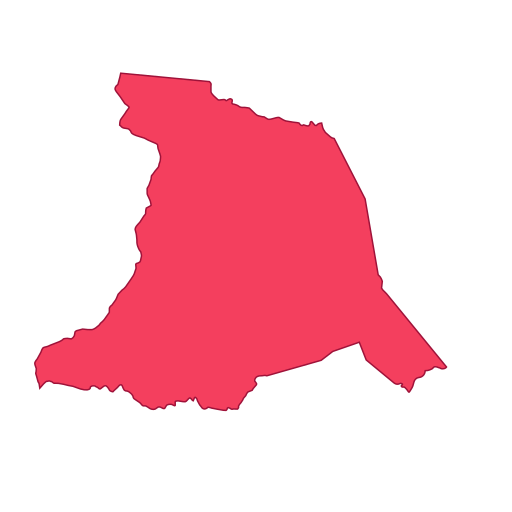 San Juan de Opoa, Copán, Honduras, rotated 188°
{"feature_id": "27666195B15597094221722", "entity_name": "San Juan de Opoa", "entity_type": "district", "adm_level": 2, "iso_a3": "HND", "parent_name": "Honduras", "parent_adm1": "Copán", "projection": "mercator", "projection_center": [-88.695, 14.809], "detail": "fine", "context": "isolated", "style": "filled", "palette": "rose", "viewbox_px": 512, "rotation_deg": 188, "n_neighbors": 0, "source": "geoboundaries", "source_scale": "gbopen_adm2", "svg_char_len": 6063}
<svg xmlns="http://www.w3.org/2000/svg" viewBox="0 0 512 512"><g transform="rotate(188 256 256)"><path d="M415.4,418.2L415.7,414.3L416.6,406.8L416.9,406.3L418.0,405.1L418.6,403.8L418.9,402.6L418.7,401.4L418.1,400.4L417.1,399.2L412.7,394.9L407.2,388.8L406.6,388.4L404.1,387.1L402.5,385.9L402.4,385.6L402.4,385.3L403.0,384.0L404.6,381.1L405.6,378.8L408.7,372.9L409.1,371.9L409.3,371.0L409.4,369.5L409.3,367.7L409.2,366.6L408.3,366.1L406.9,365.0L405.7,364.5L404.7,364.3L400.8,364.2L399.7,364.0L397.7,362.5L396.7,360.9L396.2,360.4L395.2,359.8L394.0,359.3L391.4,358.6L382.9,357.2L378.5,355.6L370.8,353.5L369.7,353.0L369.2,352.7L368.9,352.3L368.5,350.7L367.9,348.7L365.4,343.8L364.4,341.5L364.2,339.8L364.1,336.7L364.7,333.7L364.9,330.9L365.3,330.0L367.6,326.4L369.7,322.4L370.6,321.1L370.7,319.6L370.6,317.5L370.7,316.7L371.9,311.0L372.9,308.6L373.2,307.6L372.5,302.9L372.2,301.9L371.8,301.2L369.4,297.5L368.3,295.6L367.4,293.2L367.0,291.9L367.0,291.5L367.6,290.9L371.3,288.2L371.5,286.3L371.4,284.1L371.2,282.8L371.3,282.2L371.8,281.2L372.6,280.0L375.7,273.3L377.5,270.7L378.6,268.9L379.2,267.5L379.4,266.1L379.4,265.5L379.1,264.7L377.7,261.3L377.3,260.0L376.2,255.5L375.7,252.4L375.2,250.8L374.4,249.0L373.1,246.8L371.9,245.2L370.7,244.1L369.9,242.0L369.5,240.8L369.4,239.7L369.7,235.6L369.9,234.5L370.4,233.7L371.8,232.7L373.4,231.9L373.8,231.4L373.9,230.9L373.2,227.8L373.1,226.8L374.1,221.4L374.7,219.6L376.5,215.8L380.8,207.3L382.3,205.2L383.9,203.6L387.2,198.9L388.3,194.6L388.9,192.9L391.8,187.4L393.1,186.0L393.8,184.6L393.9,183.8L393.4,179.7L397.5,171.8L398.9,169.8L400.7,167.7L401.5,166.1L402.1,165.3L404.9,162.3L406.5,161.1L407.8,160.4L408.6,160.2L412.3,159.7L417.5,159.5L423.2,157.1L424.1,156.4L424.6,155.7L424.8,152.0L425.0,151.3L425.8,149.7L427.0,148.5L427.5,148.2L431.3,148.2L433.2,147.8L434.8,147.3L435.2,147.0L435.9,146.1L436.9,145.2L438.8,143.8L447.2,139.1L449.2,137.8L450.4,137.2L453.1,136.1L454.0,135.5L454.4,134.9L455.0,133.4L455.6,130.8L457.7,125.2L458.4,123.4L459.3,121.9L459.9,120.4L460.1,119.7L460.1,118.9L459.7,117.5L457.9,113.9L457.7,111.1L457.8,109.3L457.6,108.6L456.7,106.7L454.3,101.1L453.1,99.6L451.7,95.0L448.5,99.9L446.8,102.0L446.0,102.7L445.0,102.9L443.6,103.5L442.9,103.5L442.0,103.2L441.0,103.2L438.9,102.1L438.4,101.9L434.1,102.4L428.8,102.2L424.0,101.7L419.2,101.5L411.4,99.9L407.4,99.6L404.4,100.0L402.8,100.7L402.3,101.2L402.0,101.6L401.8,102.0L401.8,102.9L401.6,103.5L400.7,104.2L399.9,104.6L398.4,104.9L397.5,104.9L396.2,104.3L394.5,103.8L393.0,102.8L392.1,102.6L391.5,102.9L389.8,104.7L388.3,106.1L387.5,106.5L386.9,106.6L386.1,106.4L384.9,105.6L383.5,104.2L382.6,103.0L382.0,102.4L380.6,101.8L379.0,101.6L378.6,101.8L378.0,102.8L375.0,106.4L373.4,108.8L372.6,109.4L371.8,109.7L371.2,109.6L370.6,109.1L369.0,106.4L368.3,105.5L367.7,104.8L366.4,104.3L364.7,104.3L363.8,104.1L362.7,103.7L361.7,103.1L359.9,101.9L359.0,100.9L358.3,100.0L357.8,98.7L357.0,97.8L355.7,97.1L350.8,94.7L349.7,93.9L348.6,92.9L347.7,92.2L346.7,91.9L344.9,92.2L344.1,92.1L342.5,91.5L339.8,90.2L338.3,89.8L336.4,89.8L335.0,90.2L334.3,90.6L332.0,92.7L331.2,93.0L330.3,93.1L329.5,93.0L326.8,92.1L326.0,92.1L325.5,92.2L325.1,92.6L323.8,95.7L322.9,96.4L321.5,97.0L320.3,97.2L319.2,97.3L318.4,97.2L316.7,96.6L315.8,96.4L315.5,96.5L315.3,96.7L315.2,97.0L315.7,100.0L315.6,100.6L315.3,101.0L314.6,101.3L313.1,101.7L308.0,101.6L305.9,101.8L304.8,102.6L302.7,105.6L301.9,106.2L301.5,106.2L301.1,106.0L300.1,105.4L298.9,104.2L298.0,103.9L297.9,104.2L297.3,106.9L297.0,107.3L296.6,107.6L295.8,107.3L294.8,106.4L294.4,105.8L293.9,104.6L291.1,100.8L289.7,99.5L288.2,98.0L287.1,97.5L286.0,97.3L284.9,97.6L283.5,98.4L282.9,99.3L282.1,99.6L280.4,99.5L278.7,99.2L272.9,98.9L266.8,98.7L264.6,98.9L264.1,99.0L263.8,99.4L263.4,100.0L263.2,101.3L262.9,101.7L262.5,102.0L260.7,101.7L259.6,101.1L258.7,100.9L258.1,101.0L256.9,101.4L253.1,101.8L252.8,102.1L252.2,103.3L252.2,103.9L252.4,104.9L252.2,105.5L251.6,106.9L250.5,108.6L249.1,111.6L248.6,113.4L246.7,116.3L246.2,118.1L245.7,119.2L245.0,120.3L241.1,122.5L240.3,124.4L237.7,128.5L237.6,129.1L237.7,129.7L238.6,130.8L239.8,131.9L240.0,133.0L239.9,133.9L239.5,135.0L238.9,136.0L238.1,136.7L237.1,137.3L235.8,137.8L233.2,138.3L230.7,139.0L229.8,139.0L228.6,138.9L176.9,161.8L166.7,172.2L141.7,185.0L132.4,168.4L101.3,149.3L99.8,148.8L98.5,148.7L97.1,149.0L95.2,150.0L94.3,150.0L93.4,149.7L93.2,149.5L93.1,149.0L93.3,148.6L93.7,148.3L94.0,147.9L94.0,147.4L93.7,147.0L93.3,146.7L92.8,146.6L91.3,146.8L90.4,146.6L88.3,145.0L86.2,142.8L85.7,142.5L85.3,142.6L84.6,143.9L83.1,147.4L82.6,149.2L82.1,153.0L81.7,154.7L81.3,155.6L80.5,156.7L79.5,157.6L78.5,158.1L76.0,159.0L75.0,159.7L74.0,160.7L73.3,161.7L72.7,163.2L72.5,164.5L72.5,166.0L70.1,166.5L68.1,167.4L65.9,168.8L64.4,170.7L63.7,171.2L62.9,171.3L61.4,171.3L59.8,170.9L58.7,170.8L56.9,170.2L55.8,170.2L54.6,170.5L53.5,170.9L52.5,171.7L52.0,172.4L51.9,172.6L121.5,236.8L125.7,240.0L127.2,241.7L127.4,248.5L128.5,250.5L129.9,252.4L132.4,254.4L155.9,327.7L194.9,383.2L197.4,383.6L199.2,384.5L204.5,388.0L206.9,390.8L207.9,392.6L209.5,396.8L211.3,396.3L212.8,395.5L214.5,393.6L215.8,393.6L219.1,396.5L219.9,396.8L220.6,396.4L220.9,395.4L220.9,394.1L221.7,392.5L221.9,392.3L222.8,392.0L223.8,392.0L225.5,392.2L227.0,392.5L227.4,392.4L228.0,391.8L228.7,391.7L229.4,391.7L230.1,392.0L230.9,392.6L231.6,393.5L232.2,393.7L233.8,393.8L238.0,393.7L245.5,393.9L247.7,394.5L252.4,396.4L253.5,396.3L255.1,395.8L260.1,393.7L261.4,393.3L262.8,393.1L263.5,393.2L267.3,394.9L269.2,394.8L272.3,395.1L273.8,395.3L274.9,395.7L276.3,396.5L283.2,401.5L284.7,401.6L287.2,401.6L288.5,401.5L290.3,401.2L291.7,401.2L293.1,401.5L294.9,402.4L296.2,402.8L298.3,403.2L300.0,403.3L300.6,403.5L300.9,403.7L301.2,404.3L301.1,406.4L301.3,407.2L301.7,407.7L302.5,408.0L303.5,408.1L304.0,407.9L305.4,407.0L306.5,406.0L307.1,405.7L307.6,405.8L308.4,406.4L309.0,406.5L310.0,406.4L313.9,405.4L314.8,405.3L315.5,405.5L320.4,408.9L322.1,410.4L323.0,411.4L323.3,412.0L323.5,412.7L324.2,417.5L324.4,419.9L324.6,420.4L325.2,421.2L326.4,422.2L415.4,418.2Z" fill="#f43f5e" stroke="#9f1239" stroke-width="1.5"/></g></svg>